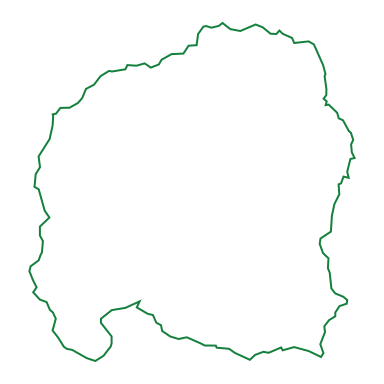 Villalba, Puerto Rico (Natural Earth projection)
{"feature_id": "32010507B77779311465946", "entity_name": "Villalba", "entity_type": "district", "adm_level": 2, "iso_a3": "PRI", "parent_name": "Puerto Rico", "parent_adm1": "", "projection": "natural_earth1", "projection_center": [-66.472, 18.13], "detail": "fine", "context": "isolated", "style": "outline", "palette": "green", "viewbox_px": 384, "rotation_deg": 0, "n_neighbors": 0, "source": "geoboundaries", "source_scale": "gbopen_adm2", "svg_char_len": 1925}
<svg xmlns="http://www.w3.org/2000/svg" viewBox="0 0 384 384"><path d="M279.4,30.6L276.4,34.0L270.5,33.7L262.7,27.3L255.6,24.5L240.3,31.0L230.3,29.1L222.5,23.0L218.8,25.9L211.4,27.7L206.3,26.1L203.4,26.6L198.1,34.0L196.6,45.2L188.6,45.7L183.4,53.6L171.6,54.1L161.6,59.7L158.8,64.5L150.7,67.6L148.1,65.7L144.6,63.4L136.5,65.7L127.4,65.1L125.4,69.3L112.0,71.5L109.1,70.9L100.6,76.1L94.0,84.7L86.0,88.9L82.2,98.1L77.9,103.0L69.6,107.7L60.4,107.9L56.1,113.6L52.7,114.4L53.2,115.9L52.6,125.6L49.6,139.1L38.6,156.4L40.0,167.2L35.7,174.2L34.8,183.9L34.4,186.8L38.7,189.3L44.7,210.7L49.4,217.5L39.9,226.6L39.9,235.5L42.9,241.0L42.0,252.1L41.4,253.5L40.5,255.1L38.7,260.3L30.6,266.3L29.4,271.2L33.0,280.2L36.6,287.3L33.2,292.3L39.9,299.6L46.6,302.1L49.9,309.9L52.8,312.3L55.8,318.7L52.6,330.5L58.1,337.5L63.9,346.8L67.0,348.9L72.2,349.9L86.7,358.1L95.3,361.0L103.5,355.8L110.7,346.5L111.6,343.5L111.6,336.4L100.9,322.8L101.0,318.7L111.8,310.1L125.3,307.9L139.6,301.4L136.8,307.4L147.7,313.8L152.9,315.0L156.3,322.7L161.0,325.2L162.2,331.0L170.3,336.5L178.6,339.0L186.8,337.3L200.9,343.5L204.7,345.5L215.8,345.6L216.7,347.7L229.1,348.8L234.9,352.9L249.9,359.8L255.1,354.9L263.4,351.8L268.6,352.8L281.1,347.5L282.7,350.3L294.1,347.1L308.6,351.0L321.1,357.0L323.4,353.0L320.3,344.2L325.0,332.1L324.3,326.3L329.1,320.1L335.3,316.3L335.3,312.5L339.5,306.1L346.7,303.7L347.2,300.0L343.2,296.7L335.2,293.4L331.4,288.5L329.7,272.6L327.9,268.2L328.5,258.3L323.0,253.1L319.7,243.9L320.5,238.5L330.9,231.6L331.9,215.7L334.4,204.1L339.3,194.3L338.6,184.4L341.1,183.3L343.5,176.6L348.7,177.8L347.2,171.7L350.4,159.0L354.6,158.0L351.8,152.3L351.1,144.4L353.2,139.9L350.9,132.8L348.9,131.1L343.0,120.3L338.7,118.3L337.2,112.8L328.7,104.6L325.7,105.1L326.7,101.4L323.6,98.7L326.3,95.1L326.4,88.8L324.6,76.2L325.5,74.1L323.1,65.1L313.9,44.4L308.6,41.4L294.2,43.0L292.1,38.0L282.9,33.9L279.4,30.6Z" fill="none" stroke="#15803d" stroke-width="2"/></svg>